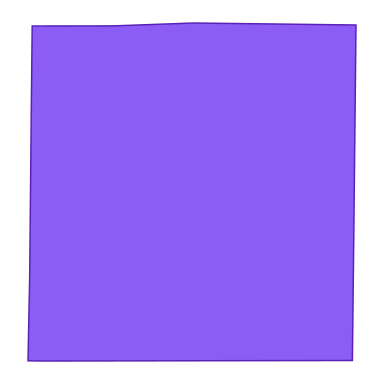 Jefferson, Illinois, United States of America (Equal Earth projection)
{"feature_id": "52423323B98138287519382", "entity_name": "Jefferson", "entity_type": "district", "adm_level": 2, "iso_a3": "USA", "parent_name": "United States of America", "parent_adm1": "Illinois", "projection": "equal_earth", "projection_center": [-88.993, 38.301], "detail": "fine", "context": "isolated", "style": "filled", "palette": "violet", "viewbox_px": 384, "rotation_deg": 0, "n_neighbors": 0, "source": "geoboundaries", "source_scale": "gbopen_adm2", "svg_char_len": 254}
<svg xmlns="http://www.w3.org/2000/svg" viewBox="0 0 384 384"><path d="M29.7,276.3L28.0,360.8L42.7,361.0L352.4,360.5L353.8,234.3L356.0,25.0L193.6,23.0L113.1,25.9L32.2,26.0L31.3,108.8L29.7,276.3Z" fill="#8b5cf6" stroke="#5b21b6" stroke-width="1.5"/></svg>